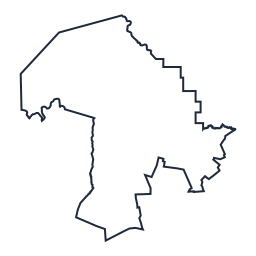 Lampazos de Naranjo, Nuevo León, Mexico
{"feature_id": "50627088B62674122669839", "entity_name": "Lampazos de Naranjo", "entity_type": "district", "adm_level": 2, "iso_a3": "MEX", "parent_name": "Mexico", "parent_adm1": "Nuevo León", "projection": "natural_earth1", "projection_center": [-100.346, 27.012], "detail": "fine", "context": "isolated", "style": "outline", "palette": "slate", "viewbox_px": 256, "rotation_deg": 0, "n_neighbors": 0, "source": "geoboundaries", "source_scale": "gbopen_adm2", "svg_char_len": 5664}
<svg xmlns="http://www.w3.org/2000/svg" viewBox="0 0 256 256"><path d="M21.5,109.8L23.9,110.2L25.4,110.6L25.9,110.9L26.7,111.4L27.2,112.2L27.0,113.4L26.7,114.6L26.8,115.0L27.1,115.2L27.2,115.5L27.6,115.8L27.8,116.1L28.3,117.1L28.7,117.6L29.2,118.1L29.4,118.3L29.8,117.9L30.2,116.9L30.5,116.6L31.1,116.1L31.7,115.2L32.9,114.2L33.7,114.3L34.3,114.2L36.4,113.0L37.4,112.9L38.2,113.1L40.7,116.2L41.7,117.1L41.9,117.6L42.0,118.0L42.0,118.4L41.7,119.9L41.7,120.4L41.9,120.9L42.9,119.9L43.5,119.5L44.8,117.6L44.7,117.1L43.5,115.3L43.0,114.8L42.2,113.2L41.8,111.0L41.9,109.3L41.6,108.0L41.7,107.6L42.6,107.0L43.1,106.8L44.3,106.6L45.4,107.0L46.3,107.6L46.9,108.5L47.2,108.6L47.5,108.6L48.8,108.2L49.1,108.0L50.2,106.6L50.7,105.5L50.8,103.9L50.9,103.4L51.3,102.4L51.6,102.1L52.7,101.6L53.1,101.3L53.4,101.0L53.9,99.8L54.2,99.5L54.9,99.2L55.6,99.1L56.7,98.8L57.8,98.7L58.4,98.9L59.0,99.4L59.3,100.0L59.5,102.3L59.7,103.1L59.8,106.1L59.9,106.6L60.2,106.7L60.5,106.3L61.1,105.9L61.7,105.8L62.8,106.1L63.7,106.7L64.4,107.4L65.0,108.8L64.9,109.3L92.9,117.6L94.3,118.2L93.5,119.1L93.3,119.5L93.1,120.2L93.4,121.5L93.5,122.4L93.6,122.9L93.8,123.3L93.9,123.7L93.8,124.2L93.1,125.9L92.6,127.6L92.6,128.5L92.8,129.8L92.4,131.8L92.4,132.7L92.5,133.3L92.8,134.5L92.9,135.8L92.7,136.1L91.8,137.3L91.6,137.7L91.6,138.1L91.6,138.7L91.7,139.7L92.3,140.9L92.4,141.7L92.6,141.8L92.2,143.4L92.5,144.4L92.6,145.1L92.3,146.2L92.4,146.7L93.3,149.5L92.7,151.7L92.2,152.8L91.7,153.2L91.6,153.8L92.3,155.7L93.2,159.5L92.4,164.6L92.7,166.9L91.9,168.4L91.1,170.2L91.0,171.2L90.0,173.5L90.2,174.2L90.4,174.3L90.3,174.9L90.8,175.1L90.8,175.5L91.0,176.0L90.8,176.4L91.2,176.8L91.0,177.0L91.0,177.5L91.1,178.0L91.3,178.3L91.4,178.7L91.3,179.1L91.2,179.6L91.5,180.4L91.4,180.7L91.5,181.1L91.3,181.5L91.6,182.2L91.4,182.6L91.6,183.2L91.7,184.2L92.4,184.6L92.3,184.9L92.4,185.2L92.5,186.8L92.5,187.2L93.2,187.5L93.3,187.9L93.3,188.4L92.4,189.2L91.6,190.5L91.1,191.1L91.1,191.3L90.9,191.4L91.0,191.5L90.7,191.9L90.1,192.4L90.0,192.7L89.8,192.7L89.6,193.0L89.5,193.5L89.2,193.4L88.8,193.7L88.7,193.8L88.2,194.3L88.0,194.8L87.7,195.2L86.7,196.2L86.4,196.2L86.2,196.6L83.3,199.8L80.5,202.9L77.8,209.6L76.1,217.3L96.8,226.2L104.9,229.0L105.7,240.6L123.9,231.2L129.5,228.5L135.6,227.9L142.9,229.5L142.2,227.9L140.8,222.5L139.3,218.2L140.7,215.5L139.2,207.2L137.4,207.6L137.3,205.6L137.1,203.8L135.8,197.8L135.8,196.5L135.6,195.7L135.6,194.4L143.5,194.2L150.5,193.9L150.6,188.2L145.1,175.0L151.6,177.0L153.7,172.2L156.7,165.6L158.6,157.5L163.4,158.8L162.9,161.2L164.7,161.8L163.8,166.6L177.4,168.4L183.6,169.6L191.6,187.8L191.6,188.3L190.2,188.9L189.7,189.5L189.2,190.4L189.5,190.3L189.1,191.1L188.8,191.7L193.7,191.3L193.7,192.0L203.8,191.2L202.6,188.1L202.4,186.6L201.4,185.4L202.4,182.0L201.9,181.0L201.4,180.0L202.0,179.4L205.0,176.2L206.3,177.2L206.7,177.7L206.8,177.8L207.0,177.7L208.9,179.1L212.0,176.6L212.3,176.5L219.5,170.7L219.4,170.3L217.8,167.5L219.6,164.8L213.3,159.6L214.1,158.6L214.1,157.9L220.3,159.2L224.8,157.2L223.9,155.1L224.9,154.2L220.7,144.7L223.8,139.9L224.6,139.4L225.2,137.3L225.3,136.0L232.6,131.2L235.1,129.7L235.3,129.3L235.3,129.1L235.2,129.0L234.8,129.0L234.6,129.1L234.3,129.1L234.0,128.8L233.1,128.4L232.9,128.5L232.3,129.1L231.6,129.1L231.4,128.8L231.4,128.5L231.2,127.9L231.2,127.3L231.1,127.2L230.8,127.3L230.3,127.8L230.3,128.0L230.2,127.9L229.7,127.4L229.4,127.2L229.0,127.7L228.4,128.0L227.7,127.8L227.6,127.5L227.7,127.3L227.6,127.2L227.3,127.2L227.2,127.0L226.9,126.8L226.7,126.8L226.2,127.2L225.8,126.7L225.4,126.4L224.8,126.3L224.6,126.3L224.5,126.5L224.2,126.3L223.7,125.6L223.6,125.2L222.8,125.0L222.6,124.5L222.5,124.4L222.4,124.6L222.4,124.9L222.1,125.3L221.7,126.2L221.3,126.2L221.0,126.5L221.1,126.8L221.5,126.7L221.5,127.3L221.1,127.4L220.7,127.4L219.7,128.3L218.6,128.3L218.3,128.1L217.9,128.3L217.3,128.1L217.2,128.0L216.6,128.0L216.3,128.2L216.1,128.0L215.7,128.2L215.3,128.0L215.2,128.4L214.9,128.3L214.4,128.3L214.1,128.5L213.6,128.2L213.4,128.2L213.1,127.7L212.9,127.7L213.0,127.5L212.9,127.3L212.3,127.3L212.1,127.2L212.0,126.7L212.2,126.3L211.9,126.1L211.8,126.4L211.7,126.2L211.2,126.3L211.1,126.2L211.5,126.0L211.5,125.9L211.0,125.7L211.0,125.4L210.7,125.3L210.1,125.5L210.1,125.8L209.7,125.9L209.3,125.6L208.4,125.9L208.4,126.2L208.6,126.3L208.6,126.5L208.2,126.8L207.9,127.1L208.0,127.3L207.9,127.4L208.0,127.6L207.9,127.7L207.6,127.5L207.2,128.0L206.9,128.1L206.6,127.8L206.1,127.8L205.9,127.9L205.6,128.2L205.4,128.2L205.2,128.4L204.8,128.3L204.7,128.6L204.2,128.7L203.9,128.5L203.6,128.5L203.1,129.1L203.1,123.1L195.6,123.1L195.6,112.4L200.6,112.4L200.6,101.7L195.6,101.7L195.6,91.0L183.2,91.1L183.2,77.7L180.7,77.7L180.7,67.0L163.3,67.0L163.4,59.0L155.9,59.0L150.9,53.6L150.9,51.3L151.1,51.1L150.9,50.6L150.5,50.3L149.5,50.2L149.0,50.3L148.6,49.9L147.6,50.0L147.2,49.8L146.9,49.2L146.8,47.7L146.7,47.3L146.9,46.2L146.7,45.8L146.4,45.4L146.3,44.9L145.3,44.5L144.5,44.5L143.9,44.9L143.0,45.1L142.8,45.3L142.4,45.4L141.5,45.3L140.9,45.3L140.3,44.9L140.2,44.7L140.4,44.2L140.3,43.8L139.8,43.3L139.5,42.7L138.8,42.5L138.2,42.9L137.9,42.8L137.5,42.3L137.4,41.1L137.1,40.7L136.3,40.4L136.2,40.1L135.6,39.5L133.7,37.9L132.9,36.9L132.3,36.5L131.5,35.2L131.2,33.1L131.0,32.7L130.6,32.3L129.2,31.8L128.4,31.2L127.7,31.2L127.3,30.9L127.1,29.8L127.6,27.9L127.5,27.5L127.6,26.1L128.3,25.4L129.8,24.9L130.1,24.6L130.7,23.7L130.8,22.4L130.7,21.8L130.5,21.5L129.7,21.1L129.0,21.0L128.5,21.1L127.8,21.2L127.0,21.1L126.8,20.9L126.8,20.4L126.3,19.3L126.4,19.0L126.1,18.3L125.9,18.0L125.3,17.5L125.0,17.0L125.0,16.8L124.6,16.6L123.8,16.7L123.3,16.5L123.0,16.6L122.6,16.2L121.9,15.4L59.0,32.5L20.7,73.9L21.5,109.8Z" fill="none" stroke="#1e293b" stroke-width="2"/></svg>